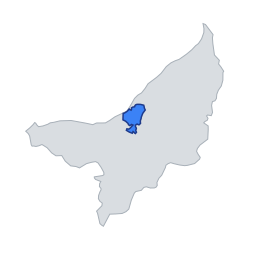 Nisporeni highlighted on a map of Moldova, rotated 83°
{"feature_id": "MDA-1642", "entity_name": "Nisporeni", "entity_type": "District", "adm_level": 1, "iso_a3": "MDA", "parent_name": "Moldova", "parent_adm1": "", "projection": "robinson", "projection_center": [28.24, 47.078], "detail": "fine", "context": "in_parent", "style": "filled", "palette": "blue", "viewbox_px": 256, "rotation_deg": 83, "n_neighbors": 0, "source": "natural_earth", "source_scale": "10m", "svg_char_len": 2633}
<svg xmlns="http://www.w3.org/2000/svg" viewBox="0 0 256 256"><g transform="rotate(83 128 128)"><path d="M33.5,40.8L34.7,38.5L45.7,32.2L48.6,33.2L54.4,33.5L66.1,33.3L71.9,29.1L75.5,30.3L78.4,28.5L83.3,26.1L84.0,26.6L84.6,27.0L92.1,28.0L97.7,30.3L101.5,33.7L105.4,35.8L109.4,36.6L111.6,38.4L112.1,41.0L115.8,42.3L122.9,42.2L125.9,43.9L124.8,47.4L125.6,48.6L128.1,47.4L130.0,48.4L131.0,51.0L132.1,52.2L135.7,48.2L139.5,48.6L148.8,50.2L153.7,58.6L156.8,61.6L159.5,62.8L162.9,61.5L165.9,59.9L167.6,60.7L171.4,66.2L172.3,73.4L172.3,76.3L171.0,81.3L169.1,86.5L167.6,89.9L168.3,92.6L169.6,94.9L171.8,95.7L179.0,100.3L181.7,103.5L185.6,105.9L188.6,106.0L190.1,107.3L190.7,109.0L190.3,113.1L188.6,117.0L188.9,119.5L191.5,122.4L191.8,125.8L192.0,128.0L193.4,129.7L200.0,133.5L208.6,137.1L210.8,140.2L212.1,144.2L211.8,150.8L211.3,156.6L222.5,164.4L221.3,165.9L219.5,167.5L208.9,168.6L206.7,169.3L202.0,163.4L199.5,162.7L197.3,164.8L194.6,166.0L191.4,165.4L187.9,163.6L186.1,162.3L184.7,162.2L182.6,163.5L179.7,162.9L177.8,161.5L175.1,166.5L173.4,167.5L172.4,167.4L172.1,158.9L171.4,157.6L169.2,157.4L164.0,159.4L159.0,162.0L157.4,164.3L157.6,168.5L158.3,173.5L161.7,181.0L159.9,184.3L158.6,189.5L153.3,194.3L147.3,197.1L146.8,202.9L143.4,206.8L137.7,210.7L133.9,215.4L134.8,218.6L135.1,221.7L134.4,223.7L134.3,225.4L132.8,226.1L124.0,226.6L121.5,227.6L118.7,229.9L116.0,225.6L113.2,221.9L111.2,219.9L112.0,219.0L114.2,217.9L115.8,216.6L115.6,212.2L114.5,207.1L113.4,204.6L113.3,200.8L112.6,194.7L113.6,183.6L118.0,169.5L120.4,162.5L119.2,158.7L120.2,149.8L118.3,145.3L115.3,139.6L111.1,127.0L105.9,122.7L99.4,117.9L96.6,114.3L94.8,110.3L90.9,106.3L86.5,102.7L81.3,93.6L78.5,89.5L77.7,88.4L71.7,82.5L68.5,77.3L67.0,72.9L66.1,68.9L61.9,61.0L58.1,55.1L54.5,50.8L52.8,47.8L48.5,44.1L42.5,41.1L38.6,40.5L33.5,40.8Z" fill="#d9dde1" stroke="#a8b0b8" stroke-width="1"/><path d="M112.9,131.0L112.8,129.9L111.7,127.5L111.0,126.4L109.3,124.5L110.0,123.9L110.7,122.8L109.8,122.2L108.4,122.1L107.8,120.6L107.8,119.7L107.7,118.8L107.2,118.6L106.8,118.5L106.0,117.7L105.6,116.2L106.1,112.7L107.3,109.6L108.7,109.4L110.3,109.3L112.2,108.7L115.3,111.6L118.9,113.5L120.4,113.9L121.9,114.7L123.4,115.0L124.9,115.0L125.5,115.7L126.2,116.7L125.8,117.6L125.2,118.5L126.1,120.3L127.7,120.4L128.7,119.9L129.8,119.8L130.7,120.4L131.6,120.6L133.2,120.1L134.4,121.3L134.0,121.8L133.5,122.3L132.7,122.7L132.1,123.4L133.7,124.4L132.2,127.2L130.1,129.9L128.7,129.2L129.2,127.4L128.5,126.0L125.7,122.7L124.9,124.1L125.4,125.0L125.8,126.0L124.8,127.1L123.5,127.4L121.0,129.5L119.3,132.0L113.4,131.1L112.9,131.0Z" fill="#3b82f6" stroke="#1e3a8a" stroke-width="1.5"/></g></svg>